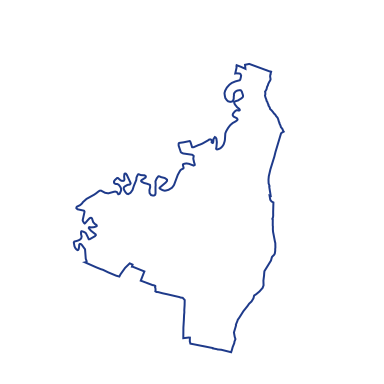 the district of Falciu, Vaslui, Romania, rotated 202°
{"feature_id": "2599482B69317802049960", "entity_name": "Falciu", "entity_type": "district", "adm_level": 2, "iso_a3": "ROU", "parent_name": "Romania", "parent_adm1": "Vaslui", "projection": "natural_earth1", "projection_center": [28.123, 46.28], "detail": "fine", "context": "isolated", "style": "outline", "palette": "blue", "viewbox_px": 384, "rotation_deg": 202, "n_neighbors": 0, "source": "geoboundaries", "source_scale": "gbopen_adm2", "svg_char_len": 6037}
<svg xmlns="http://www.w3.org/2000/svg" viewBox="0 0 384 384"><g transform="rotate(202 192 192)"><path d="M196.3,318.1L195.5,318.6L192.8,319.5L191.9,319.7L191.1,319.4L190.1,318.4L189.7,316.7L189.4,314.5L189.6,313.5L193.2,310.8L196.0,308.0L197.5,305.5L198.8,301.9L199.2,298.4L199.0,296.4L198.8,295.6L197.6,293.5L196.3,291.6L194.1,290.2L192.5,289.6L190.3,289.9L188.8,290.8L188.2,291.9L188.2,293.9L189.1,296.4L189.2,297.1L189.8,298.4L189.9,299.4L189.3,301.4L188.4,302.6L187.6,303.3L185.7,304.4L184.9,304.6L183.5,303.8L180.9,300.7L180.5,299.7L180.5,299.0L180.7,298.4L181.8,296.5L182.6,295.6L183.5,294.2L185.9,292.3L186.5,291.2L186.3,290.5L185.1,289.3L181.9,287.5L179.4,286.8L178.6,286.2L178.4,285.8L178.5,285.5L178.8,285.2L179.2,285.0L181.0,284.7L181.9,283.8L182.5,282.7L183.1,280.8L183.3,280.0L183.2,278.9L182.8,278.2L181.6,277.5L178.1,277.2L177.2,276.6L176.9,276.2L176.9,275.9L177.2,275.1L178.0,273.8L180.1,271.2L181.4,268.7L181.8,267.6L182.5,265.0L183.0,261.8L183.1,259.8L183.0,258.6L181.0,252.6L180.7,251.0L180.5,247.9L181.0,245.5L182.0,243.3L183.0,242.2L184.0,241.3L184.8,240.8L185.7,241.0L185.9,241.3L186.2,242.9L187.6,247.4L188.0,248.2L189.4,250.6L190.5,251.4L191.4,251.5L191.9,249.1L191.0,246.2L191.0,245.4L191.4,245.1L192.4,245.4L192.8,247.1L193.5,247.6L194.5,247.7L195.4,247.3L195.8,247.0L196.3,246.1L200.5,240.8L202.3,239.0L203.6,237.9L207.1,234.3L207.9,233.8L208.7,233.6L212.1,237.7L212.7,238.2L213.2,238.4L218.6,234.8L222.1,232.8L222.4,232.5L222.5,232.1L222.4,231.5L221.7,229.9L217.3,224.8L216.9,224.6L215.2,224.4L214.3,224.5L205.8,226.6L204.8,226.4L203.9,226.0L203.3,223.4L201.2,220.3L200.4,219.4L199.7,218.4L199.6,218.0L200.4,217.1L205.3,217.0L207.9,216.4L209.7,215.3L210.6,214.5L210.7,214.1L210.4,213.4L208.8,211.2L208.9,210.5L210.3,208.9L210.9,207.8L211.2,205.9L211.6,202.5L211.3,192.0L211.5,190.8L212.2,188.4L214.6,185.2L217.0,183.4L218.0,182.9L220.2,182.7L222.7,183.0L223.3,183.3L223.6,183.5L223.4,184.3L219.8,191.1L219.3,193.0L219.8,194.1L222.1,194.7L223.0,194.7L226.3,194.2L227.9,194.3L229.0,194.0L229.2,193.5L229.8,191.4L229.9,188.3L228.2,184.6L227.7,182.9L225.3,177.1L225.1,175.6L225.9,174.5L226.8,174.1L228.8,173.8L230.9,175.1L232.2,177.8L232.6,180.9L233.5,182.7L233.8,182.9L237.0,182.8L239.7,182.4L242.4,182.6L243.2,183.0L243.4,183.5L243.1,184.3L240.8,187.5L240.5,188.0L240.5,188.6L240.6,189.1L240.9,189.4L242.2,189.7L245.8,188.5L248.1,188.5L248.5,188.3L248.6,187.9L248.8,187.1L248.9,184.7L248.2,182.3L248.2,175.9L247.9,171.6L248.6,168.6L249.0,167.8L250.4,166.1L251.8,166.0L253.5,166.8L255.4,168.2L256.6,169.5L256.9,170.8L256.4,172.0L254.5,174.4L252.5,175.6L252.1,176.8L252.4,177.4L258.9,183.5L260.1,184.2L260.6,184.2L261.0,184.1L261.4,183.5L261.3,182.9L260.6,180.6L259.4,178.5L259.3,177.7L259.3,177.2L259.8,176.6L261.5,176.0L262.7,176.1L265.8,177.2L266.6,177.0L267.9,174.4L268.3,172.7L267.8,171.5L267.2,171.0L266.6,170.9L265.6,170.9L264.3,171.4L262.9,171.3L261.6,170.7L259.8,169.4L259.0,168.4L258.3,166.8L258.4,163.4L258.9,162.7L259.5,162.3L260.2,162.7L260.9,163.4L261.7,163.8L263.1,163.7L264.3,163.1L269.1,159.4L272.3,158.7L276.9,159.2L278.1,158.6L278.9,157.5L280.5,154.7L281.7,152.9L287.2,146.1L289.4,141.6L289.6,140.5L290.1,139.3L290.9,137.8L293.2,135.3L293.4,134.5L293.1,133.6L291.6,133.1L285.3,134.2L284.9,134.1L284.3,133.5L284.1,132.7L282.8,124.9L282.3,124.2L280.6,122.9L279.7,122.6L279.4,123.0L277.9,127.4L277.1,129.3L276.5,130.0L275.7,130.3L274.8,130.0L272.4,127.1L270.2,126.0L268.4,125.7L268.0,125.5L267.7,125.1L267.6,124.7L268.1,124.0L269.8,122.6L272.3,121.4L274.0,121.0L274.3,120.6L274.2,119.9L273.5,119.4L271.0,118.2L265.4,116.6L265.0,116.0L265.4,114.7L269.1,110.0L269.9,109.5L270.3,109.7L271.1,110.6L274.9,114.0L276.2,114.4L277.7,114.5L279.0,114.4L279.8,114.2L279.9,113.9L279.9,113.4L279.5,112.3L279.0,111.2L277.7,109.5L277.4,107.8L277.5,107.1L278.2,105.7L279.3,104.5L280.7,103.3L282.5,102.0L282.7,101.1L282.6,100.8L280.6,97.6L279.3,96.4L277.9,95.6L276.4,95.2L275.8,95.7L275.7,96.5L276.1,98.7L276.8,100.8L276.7,101.6L276.5,101.9L275.6,102.1L274.4,101.7L269.7,98.8L265.5,90.3L263.7,88.3L263.6,87.9L263.7,87.5L264.8,86.7L252.7,86.3L247.7,86.3L245.4,86.5L239.6,86.1L230.8,86.0L227.7,86.4L227.6,87.7L227.4,89.2L225.6,96.6L223.0,102.5L219.9,102.4L219.7,100.3L219.1,100.5L206.4,100.5L206.3,90.6L193.6,90.9L192.6,91.2L191.0,91.2L190.7,91.0L190.6,89.9L190.2,89.5L189.6,88.6L189.0,87.3L188.8,86.2L188.4,86.1L187.4,86.0L186.0,86.5L181.2,87.1L176.7,87.9L164.0,89.9L163.3,89.8L161.0,90.4L158.3,89.1L158.1,88.6L156.5,84.4L154.9,79.6L154.0,77.5L153.3,75.1L151.5,70.0L149.2,63.1L145.3,53.2L140.6,55.8L139.4,56.2L138.1,52.7L136.7,50.8L114.3,55.1L114.1,54.8L110.1,55.6L109.3,55.6L105.8,56.7L95.7,58.1L95.9,61.0L96.2,63.3L96.2,67.6L96.6,69.3L96.6,71.7L96.7,72.0L98.2,73.8L100.5,77.5L101.2,84.8L101.6,85.4L101.6,89.9L101.7,90.7L101.1,93.1L99.7,100.8L97.8,107.1L97.2,109.8L95.8,112.8L95.2,116.4L95.6,119.3L94.3,121.1L92.2,125.0L90.6,129.5L90.7,132.3L92.6,136.6L94.0,141.9L94.4,143.0L95.2,145.7L93.1,158.0L93.5,161.5L93.4,162.1L92.4,164.4L92.2,165.4L92.2,166.0L92.8,168.6L93.5,170.3L93.9,171.8L95.6,175.8L96.6,177.2L101.9,185.4L103.1,187.8L104.0,190.2L104.6,191.2L106.9,197.0L107.4,197.1L107.5,197.4L107.4,198.8L107.8,200.3L109.4,204.2L112.6,212.8L114.7,213.0L116.5,214.1L118.8,217.8L117.6,217.9L122.4,225.9L122.3,226.5L124.2,228.7L125.7,232.1L126.7,235.4L127.8,242.4L128.9,255.6L129.6,260.5L131.4,279.7L130.9,280.7L129.6,282.3L130.2,282.7L131.9,284.4L133.9,285.5L134.9,286.8L136.6,288.3L137.0,289.1L137.6,289.5L139.4,291.8L140.6,293.0L142.3,293.8L143.6,294.8L145.1,295.4L145.1,295.5L145.7,295.7L146.9,296.5L149.0,297.6L150.7,298.2L151.6,299.5L153.5,300.8L153.8,301.6L154.6,302.2L156.0,303.8L157.1,304.5L157.5,305.3L159.3,307.2L160.5,308.8L160.6,310.0L161.0,311.0L161.3,311.7L161.8,312.3L161.4,315.0L161.5,315.8L161.8,317.7L161.6,319.4L161.8,320.6L161.6,323.2L161.3,324.6L161.4,326.0L162.8,328.3L163.3,329.9L163.2,330.6L163.4,330.9L163.7,333.2L164.3,333.2L164.8,332.9L186.9,332.2L190.5,329.8L188.6,326.2L193.7,326.4L198.1,326.3L198.0,325.5L197.3,324.1L196.3,318.1Z" fill="none" stroke="#1e3a8a" stroke-width="2"/></g></svg>